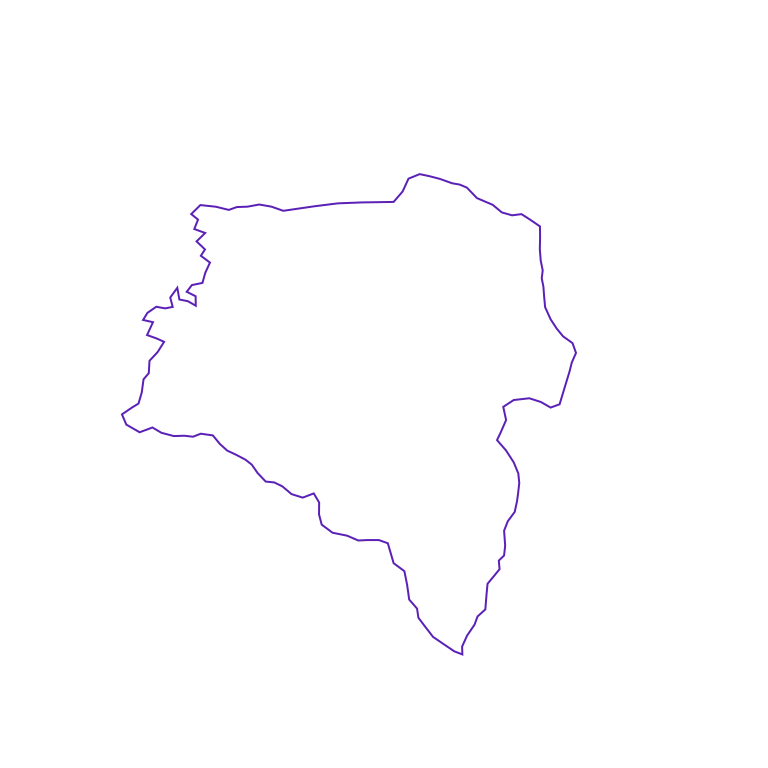 Elias Fausto, São Paulo, Brazil, rotated 319°
{"feature_id": "56859067B16325589227677", "entity_name": "Elias Fausto", "entity_type": "district", "adm_level": 2, "iso_a3": "BRA", "parent_name": "Brazil", "parent_adm1": "São Paulo", "projection": "robinson", "projection_center": [-47.38, -23.077], "detail": "fine", "context": "isolated", "style": "outline", "palette": "violet", "viewbox_px": 768, "rotation_deg": 319, "n_neighbors": 0, "source": "geoboundaries", "source_scale": "gbopen_adm2", "svg_char_len": 1954}
<svg xmlns="http://www.w3.org/2000/svg" viewBox="0 0 768 768"><g transform="rotate(319 384 384)"><path d="M244.7,449.3L247.6,462.5L256.6,474.2L261.9,485.2L269.6,491.3L277.8,498.5L282.4,506.7L273.7,525.6L276.6,538.6L269.6,550.9L261.6,563.2L261.6,575.2L256.6,583.0L255.9,593.4L255.1,607.1L258.2,618.9L261.6,631.7L265.7,639.5L270.7,633.4L281.6,628.4L294.5,625.0L302.1,620.8L312.6,620.6L323.2,610.2L331.1,602.7L342.0,600.9L349.7,599.6L354.8,592.6L362.1,592.2L369.3,585.6L378.4,573.5L387.4,568.8L398.7,566.3L407.4,559.8L412.9,555.0L421.1,547.5L426.7,539.6L430.5,528.2L432.5,514.2L432.5,500.5L440.3,497.1L452.5,491.3L459.0,479.5L471.4,481.2L484.3,490.1L490.6,500.5L494.3,511.1L503.2,514.5L532.2,496.3L539.8,491.0L549.3,486.5L553.1,476.8L550.4,465.5L550.7,455.5L552.2,444.5L556.0,431.7L562.5,422.7L568.1,415.2L572.4,407.7L578.3,402.4L583.3,393.6L590.1,384.4L597.6,376.2L605.1,367.4L601.9,355.1L599.2,346.0L591.3,340.7L585.5,331.8L583.6,320.1L576.1,304.7L575.4,290.2L572.0,283.2L567.1,277.2L560.6,265.7L554.6,256.9L548.6,249.0L537.2,245.1L524.4,250.9L510.7,252.9L486.5,232.5L467.7,217.4L448.2,204.3L421.6,187.2L415.4,176.3L407.6,166.7L397.3,160.6L389.0,153.9L381.1,150.8L373.4,139.9L362.8,128.5L350.0,129.3L351.5,137.9L342.5,142.6L348.1,152.7L336.1,153.4L337.2,165.0L329.9,167.1L332.3,178.2L322.1,182.8L313.3,188.6L303.9,183.3L295.6,185.0L299.4,194.2L293.3,201.4L290.3,192.8L285.0,186.0L291.1,175.8L279.4,178.5L275.1,187.2L268.4,183.3L262.8,176.3L252.2,175.1L244.2,177.6L250.2,185.8L237.3,191.6L242.3,200.5L245.7,207.9L234.0,211.4L222.3,212.6L213.6,221.5L205.6,222.7L195.7,231.4L185.9,237.7L178.1,236.4L166.3,235.0L162.9,245.6L167.9,260.1L180.7,264.9L184.0,274.8L191.2,285.4L199.3,292.0L205.3,298.5L213.1,301.3L221.1,310.5L220.8,321.8L222.0,331.5L226.1,340.7L229.8,350.3L231.3,358.1L230.2,368.2L230.7,380.0L236.6,386.3L240.1,394.5L242.0,406.5L248.1,416.4L259.2,420.5L257.3,430.9L249.4,439.8L244.7,449.3Z" fill="none" stroke="#5b21b6" stroke-width="2"/></g></svg>